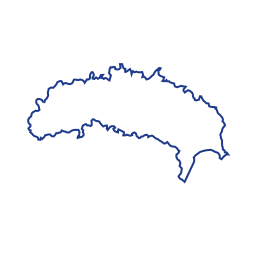 Boa Ventura de São Roque, Paraná, Brazil (Robinson projection), rotated 240°
{"feature_id": "56859067B13475080868698", "entity_name": "Boa Ventura de São Roque", "entity_type": "district", "adm_level": 2, "iso_a3": "BRA", "parent_name": "Brazil", "parent_adm1": "Paraná", "projection": "robinson", "projection_center": [-51.567, -24.83], "detail": "fine", "context": "isolated", "style": "outline", "palette": "blue", "viewbox_px": 256, "rotation_deg": 240, "n_neighbors": 0, "source": "geoboundaries", "source_scale": "gbopen_adm2", "svg_char_len": 4753}
<svg xmlns="http://www.w3.org/2000/svg" viewBox="0 0 256 256"><g transform="rotate(240 128 128)"><path d="M144.1,81.6L143.3,83.5L143.9,85.9L145.5,86.8L147.1,86.8L148.4,88.1L150.3,87.5L151.5,88.8L152.7,90.2L152.6,92.2L152.3,93.7L150.7,93.9L149.8,95.4L148.4,96.7L148.7,98.0L150.9,99.3L152.6,100.0L153.1,101.9L152.4,102.9L150.8,103.4L149.6,104.4L148.5,106.0L147.2,106.4L145.8,106.4L144.1,106.7L141.7,107.3L141.4,109.2L140.9,110.9L139.1,110.3L138.1,109.3L136.4,109.4L137.2,111.3L137.8,113.0L137.7,115.0L136.3,116.9L134.7,117.0L134.5,114.8L133.2,114.7L131.4,115.2L129.2,117.1L130.7,118.0L131.6,119.0L130.1,120.0L128.7,121.0L126.4,122.4L125.0,121.5L124.0,120.3L123.0,121.7L122.9,123.6L121.5,124.7L120.1,126.2L119.8,128.2L121.0,128.6L121.2,130.1L120.8,131.5L119.2,132.1L116.8,131.5L113.8,132.4L113.4,133.8L113.9,135.2L113.3,136.7L113.4,139.1L112.8,140.9L111.2,141.4L110.0,141.0L110.1,142.8L109.4,144.9L108.1,145.8L106.9,146.1L105.1,146.9L103.3,148.3L101.1,149.2L99.3,150.3L98.0,150.8L96.8,151.3L96.0,152.3L96.2,155.0L94.2,155.3L92.5,155.6L90.9,156.1L89.7,157.3L88.5,159.1L87.2,159.8L85.6,160.4L83.9,160.3L82.4,161.0L81.4,159.6L80.9,158.3L80.8,156.7L79.2,155.6L77.8,155.3L75.9,155.2L74.2,156.2L72.7,155.9L71.3,155.7L70.3,154.8L69.4,153.7L67.6,154.0L66.1,154.4L64.9,153.4L63.5,152.4L62.3,151.2L61.8,149.7L60.8,147.6L59.2,147.5L57.8,147.9L56.6,148.8L55.1,149.4L53.0,150.1L65.7,168.3L67.0,169.3L68.2,169.9L69.5,170.1L70.6,172.8L70.8,175.1L71.0,176.7L71.2,178.3L70.8,180.5L70.2,182.7L69.4,185.2L68.5,187.0L67.7,188.8L66.3,189.9L65.2,190.7L63.6,191.6L62.3,192.9L61.0,193.6L59.8,193.7L58.4,193.7L56.1,192.4L54.2,193.4L55.3,196.2L55.6,198.0L56.0,200.1L55.0,201.5L56.2,201.4L57.7,201.1L58.5,199.7L60.5,200.4L61.9,199.4L63.9,200.4L65.5,200.6L66.5,201.2L68.0,201.9L69.8,203.1L71.3,203.4L72.6,203.3L74.1,204.1L76.0,204.6L76.9,205.6L77.9,207.4L79.5,208.8L80.3,209.8L81.3,211.9L81.8,213.4L83.4,213.6L84.8,213.6L86.6,213.2L87.6,214.3L89.1,214.8L91.3,214.6L93.4,214.2L94.8,213.6L96.2,213.3L98.1,213.7L99.8,214.0L101.1,213.4L101.7,214.5L103.0,213.2L103.7,212.0L104.8,210.5L106.2,209.2L107.9,209.7L108.9,210.1L110.3,208.2L112.1,207.7L114.0,207.0L117.1,207.0L118.8,207.2L119.5,206.2L118.2,204.8L117.1,203.7L117.7,201.2L118.7,199.9L120.3,200.4L121.4,199.9L123.0,200.1L124.3,200.8L126.3,201.2L129.1,200.2L130.7,198.9L130.6,196.7L130.3,195.0L132.4,194.7L133.6,195.3L134.9,198.6L135.7,197.6L137.0,196.0L137.9,195.2L138.3,193.3L138.8,190.9L140.3,189.6L141.7,189.6L143.5,190.2L144.8,188.8L146.7,187.2L147.8,187.0L148.8,185.3L150.3,185.3L149.9,183.9L150.5,182.6L151.4,181.4L152.4,183.2L153.8,184.7L156.2,182.6L158.5,181.3L160.3,181.9L161.4,182.5L162.6,183.0L162.6,184.7L163.4,186.1L164.4,185.0L163.9,182.8L163.7,180.8L162.7,178.5L161.4,176.6L161.2,174.9L160.7,173.3L160.3,170.4L160.8,168.3L162.7,168.2L164.5,167.6L164.9,165.9L166.4,167.5L167.6,167.9L169.3,168.3L170.2,166.3L171.1,164.8L172.5,163.6L173.0,161.5L174.7,160.8L174.0,159.4L172.9,158.1L175.5,159.0L178.0,159.2L177.6,155.2L177.9,153.7L179.1,154.2L180.4,155.3L181.5,154.2L183.8,154.2L186.2,154.9L187.3,153.0L185.6,152.3L183.8,151.6L183.4,149.5L184.2,147.7L185.6,146.4L187.0,147.2L188.2,146.1L188.4,144.1L189.4,143.4L188.0,141.3L186.2,140.1L185.4,139.2L184.0,139.0L182.1,139.5L179.5,136.8L178.5,135.7L180.1,134.9L181.9,134.2L182.8,132.9L182.6,131.5L183.8,131.1L184.6,130.1L185.7,131.1L186.5,132.8L187.4,131.1L186.6,129.8L185.7,128.3L185.6,126.6L187.8,125.6L187.3,123.4L188.4,122.1L189.5,122.5L190.3,124.3L191.4,125.1L193.7,125.4L194.5,124.5L193.9,122.9L193.0,121.8L191.5,120.7L189.9,119.8L189.8,118.0L190.7,116.6L189.8,115.6L189.5,114.3L188.8,113.1L190.7,113.1L192.3,112.4L193.8,111.0L194.4,108.9L195.1,107.8L196.2,106.8L196.9,105.3L195.6,103.6L194.7,101.9L194.9,99.8L196.4,97.9L197.9,96.9L198.6,95.1L198.2,93.6L199.8,93.7L201.5,93.9L202.5,93.2L202.8,91.7L203.0,89.9L201.5,87.5L200.7,85.2L200.2,83.3L201.6,81.4L201.5,78.8L200.3,77.7L198.9,76.4L197.4,75.7L196.0,75.1L194.6,73.1L194.0,71.9L193.8,70.2L192.2,68.6L193.5,67.4L195.4,67.4L197.1,66.1L198.2,64.5L198.1,62.9L197.1,62.0L196.1,61.3L194.5,61.1L192.8,61.6L190.8,61.4L189.6,60.9L188.0,60.4L187.8,58.6L189.1,56.7L189.2,54.7L189.1,52.8L188.3,51.5L186.6,50.1L186.1,47.5L185.1,45.8L183.6,44.8L181.6,44.5L179.5,45.1L178.2,44.4L177.5,41.6L176.1,41.4L174.5,42.5L173.3,41.2L171.4,42.0L169.9,42.1L168.3,42.6L165.5,44.8L164.2,45.3L162.9,44.5L161.6,46.2L162.9,47.7L161.4,48.1L161.7,49.7L162.3,51.4L163.2,52.8L162.6,54.0L162.3,55.7L161.3,57.4L159.9,57.6L158.5,58.3L157.9,59.9L158.5,61.5L159.5,63.4L158.6,64.5L158.5,66.0L157.9,67.4L159.0,69.5L157.2,70.7L156.3,71.8L154.7,73.0L153.6,74.6L153.8,77.1L153.8,78.5L153.2,80.6L152.2,82.4L151.2,84.1L149.2,84.1L147.9,83.3L146.1,81.9L144.1,81.6ZM144.1,81.6L145.6,80.3L144.6,79.5L144.1,81.6Z" fill="none" stroke="#1e3a8a" stroke-width="2"/></g></svg>